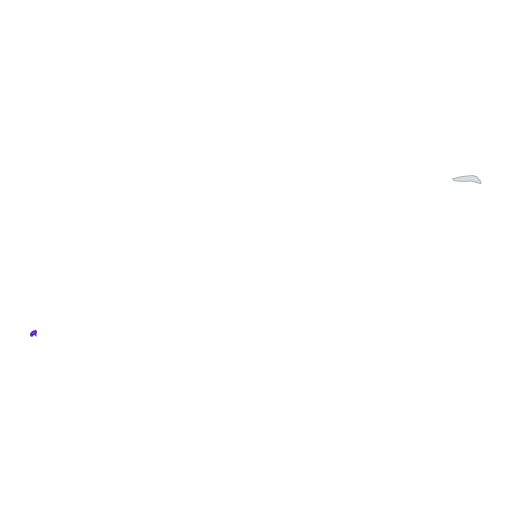 Matagi, Tuvalu shown in context, rotated 274°
{"feature_id": "33948139B17363749661168", "entity_name": "Matagi", "entity_type": "district", "adm_level": 2, "iso_a3": "TUV", "parent_name": "Tuvalu", "parent_adm1": "", "projection": "natural_earth1", "projection_center": [178.689, -7.484], "detail": "medium", "context": "in_parent", "style": "filled", "palette": "violet", "viewbox_px": 512, "rotation_deg": 274, "n_neighbors": 0, "source": "geoboundaries", "source_scale": "gbopen_adm2", "svg_char_len": 1222}
<svg xmlns="http://www.w3.org/2000/svg" viewBox="0 0 512 512"><g transform="rotate(274 256 256)"><path d="M350.4,470.7L345.7,475.2L343.9,475.1L345.8,465.7L344.8,456.0L345.0,448.2L346.6,446.7L349.6,455.7L351.4,466.8L350.4,470.7Z" fill="#d9dde1" stroke="#a8b0b8" stroke-width="1"/><path d="M164.3,42.0L164.4,41.8L164.4,41.6L164.5,41.4L164.8,41.4L164.9,41.5L165.0,41.6L165.3,41.6L165.5,41.8L165.6,41.7L165.9,41.5L166.0,41.4L166.1,41.2L165.8,41.1L165.7,41.1L165.6,40.9L165.5,40.6L165.5,40.0L165.5,39.9L165.4,39.7L165.4,39.4L165.1,39.1L164.9,38.7L164.7,38.3L164.4,38.4L164.4,38.2L164.2,38.1L163.8,37.7L163.7,37.6L163.3,37.3L163.2,37.2L162.9,36.9L162.7,36.9L162.7,37.0L162.5,36.9L162.4,36.9L162.4,37.0L162.2,37.3L162.2,37.5L161.9,37.5L161.7,37.4L161.5,37.2L161.4,37.1L161.2,37.0L160.8,37.1L160.7,37.3L160.7,37.5L160.6,37.8L160.6,38.0L160.8,38.1L160.9,38.3L161.0,38.3L161.0,38.5L161.6,38.5L161.8,38.6L161.9,38.9L161.9,39.0L162.0,39.3L162.1,39.5L162.3,39.7L162.3,39.8L162.4,40.0L162.5,40.1L162.6,40.4L162.5,40.5L162.4,40.9L162.3,41.1L162.1,41.3L162.1,41.5L161.9,41.7L161.8,41.8L162.1,41.8L162.5,41.7L162.8,41.6L163.0,41.6L163.4,41.8L163.5,41.8L164.1,41.9L164.3,42.0Z" fill="#8b5cf6" stroke="#5b21b6" stroke-width="1.5"/></g></svg>